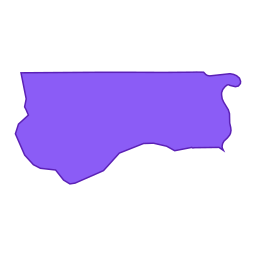 Sarpy, Nebraska, United States of America (Natural Earth projection)
{"feature_id": "52423323B27146755519961", "entity_name": "Sarpy", "entity_type": "district", "adm_level": 2, "iso_a3": "USA", "parent_name": "United States of America", "parent_adm1": "Nebraska", "projection": "natural_earth1", "projection_center": [-95.999, 41.093], "detail": "fine", "context": "isolated", "style": "filled", "palette": "violet", "viewbox_px": 256, "rotation_deg": 0, "n_neighbors": 0, "source": "geoboundaries", "source_scale": "gbopen_adm2", "svg_char_len": 934}
<svg xmlns="http://www.w3.org/2000/svg" viewBox="0 0 256 256"><path d="M21.0,72.8L26.2,98.9L24.6,106.9L26.0,109.5L28.4,115.1L18.5,124.1L15.4,133.8L24.7,155.1L33.4,164.7L40.4,168.3L55.6,170.0L63.6,180.1L69.9,183.9L75.1,183.1L103.5,170.6L119.3,153.1L143.5,143.5L153.5,143.2L166.6,146.2L174.7,150.7L191.8,147.4L192.2,147.7L192.7,147.9L193.3,147.9L193.9,147.7L219.0,147.4L223.4,150.4L222.3,148.1L222.1,146.3L222.6,143.6L224.0,141.1L227.4,137.9L229.7,135.0L230.5,133.2L231.0,130.4L230.7,127.4L229.7,123.1L229.5,113.7L228.3,109.8L223.7,102.2L222.2,98.9L221.6,95.0L221.6,92.7L222.6,89.9L222.7,89.6L224.8,86.9L226.8,85.2L227.8,84.8L228.9,84.8L229.9,85.4L235.4,86.7L238.4,86.0L240.4,83.5L240.6,81.3L239.4,78.1L236.6,75.7L233.6,74.4L230.0,73.7L209.7,75.9L207.5,75.5L205.9,74.6L203.6,72.2L196.3,72.1L192.5,72.2L166.3,72.4L164.8,72.4L158.2,72.4L132.2,72.3L97.4,72.3L80.1,72.4L21.0,72.8Z" fill="#8b5cf6" stroke="#5b21b6" stroke-width="1.5"/></svg>